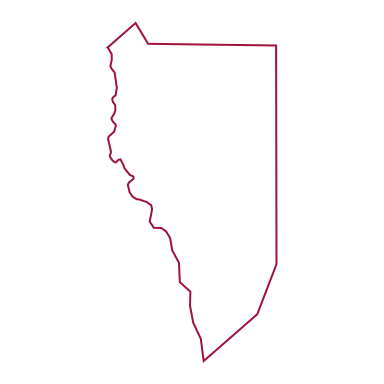 Zapata, Texas, United States of America (Equal Earth projection)
{"feature_id": "52423323B38699112518848", "entity_name": "Zapata", "entity_type": "district", "adm_level": 2, "iso_a3": "USA", "parent_name": "United States of America", "parent_adm1": "Texas", "projection": "equal_earth", "projection_center": [-99.362, 26.945], "detail": "fine", "context": "isolated", "style": "outline", "palette": "rose", "viewbox_px": 384, "rotation_deg": 0, "n_neighbors": 0, "source": "geoboundaries", "source_scale": "gbopen_adm2", "svg_char_len": 904}
<svg xmlns="http://www.w3.org/2000/svg" viewBox="0 0 384 384"><path d="M107.5,47.6L108.0,47.9L111.7,54.3L111.7,60.2L110.4,66.3L111.6,68.7L114.6,72.5L116.8,87.6L115.6,95.3L112.9,97.5L112.2,98.9L112.8,101.8L115.1,105.0L115.4,110.0L114.4,113.3L111.8,117.5L111.5,118.9L113.0,121.8L115.5,124.3L115.8,126.1L114.1,131.7L108.7,136.6L108.0,138.9L110.8,150.7L110.8,153.1L109.8,155.4L110.0,156.8L112.6,160.6L114.8,162.3L115.8,162.3L118.8,159.7L120.5,159.4L123.2,164.6L124.5,168.4L130.0,175.1L133.0,176.2L133.6,177.3L133.4,179.0L129.0,182.4L127.8,184.9L129.7,192.4L132.7,196.8L136.8,199.3L138.8,199.3L146.9,202.1L151.2,205.2L152.1,209.3L149.7,221.5L153.8,227.8L161.2,228.0L166.1,231.4L170.1,238.1L172.3,250.5L179.0,262.9L179.8,282.1L190.4,291.7L190.0,305.6L193.2,322.6L200.8,338.8L203.7,361.0L257.3,314.2L276.5,264.1L276.1,45.5L148.1,43.8L135.6,23.0L107.5,47.6Z" fill="none" stroke="#9f1239" stroke-width="2"/></svg>